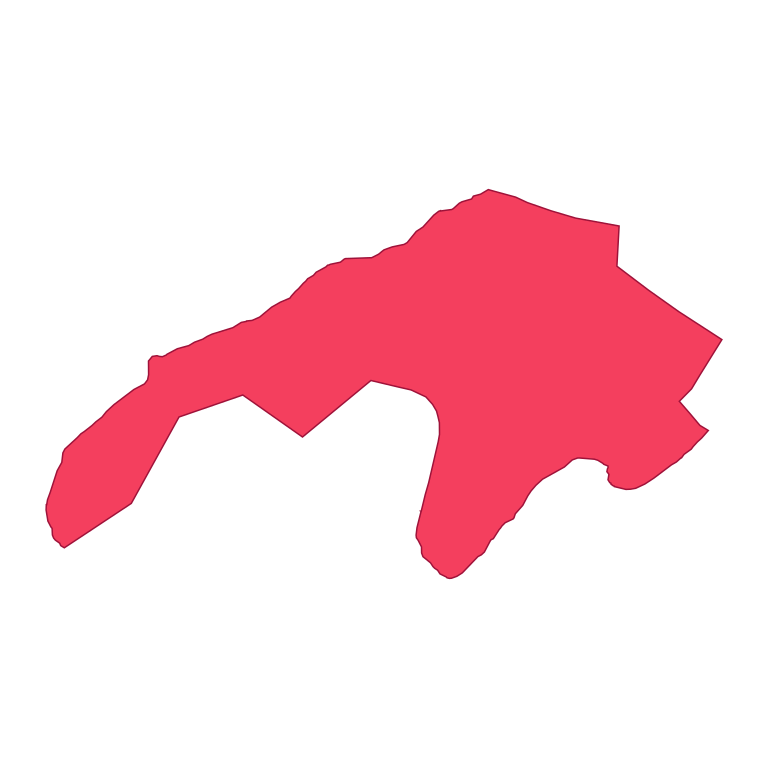 outline of Pango, Shefa, Vanuatu
{"feature_id": "77236927B36499931511312", "entity_name": "Pango", "entity_type": "district", "adm_level": 2, "iso_a3": "VUT", "parent_name": "Vanuatu", "parent_adm1": "Shefa", "projection": "mercator", "projection_center": [168.281, -17.771], "detail": "fine", "context": "isolated", "style": "filled", "palette": "rose", "viewbox_px": 768, "rotation_deg": 0, "n_neighbors": 0, "source": "geoboundaries", "source_scale": "gbopen_adm2", "svg_char_len": 2496}
<svg xmlns="http://www.w3.org/2000/svg" viewBox="0 0 768 768"><path d="M488.3,189.6L480.5,194.2L473.4,196.1L471.6,199.0L467.3,200.2L461.9,201.8L459.3,203.2L453.3,208.6L451.8,209.5L440.4,211.0L440.4,210.7L438.7,211.3L433.8,215.1L422.9,227.1L416.3,231.4L407.2,242.6L404.1,244.4L392.2,246.9L384.1,249.8L382.0,251.4L378.6,254.2L375.1,256.0L371.7,257.7L345.4,258.6L344.2,259.1L340.4,262.2L330.3,264.3L328.9,265.0L327.6,265.2L325.9,266.9L316.2,272.2L313.4,275.4L307.7,278.7L305.7,281.2L303.3,283.3L298.5,288.7L295.4,291.5L291.3,296.1L289.9,298.1L280.3,302.2L271.7,307.1L259.6,317.1L252.1,320.4L246.5,321.0L246.4,321.4L241.3,322.4L232.8,327.7L212.1,334.1L207.2,336.4L202.7,339.2L194.5,342.2L188.8,345.6L177.4,348.7L166.9,354.3L166.3,355.0L162.4,356.7L159.3,356.4L157.0,355.7L152.3,356.4L148.5,361.0L148.6,374.7L147.6,379.8L144.5,383.9L133.9,389.5L114.0,404.6L106.4,411.6L101.9,417.2L96.0,421.7L92.0,425.5L84.2,431.6L80.9,433.8L77.3,437.6L64.9,449.0L62.9,452.9L61.8,462.4L57.2,470.7L50.2,492.4L47.5,499.8L46.7,504.7L46.3,504.7L46.1,510.0L47.9,521.1L50.9,526.9L52.1,528.4L52.4,535.0L53.6,538.0L55.3,540.1L59.7,543.2L60.6,545.4L61.0,545.8L64.3,547.8L131.3,503.4L179.0,417.0L242.8,395.0L302.5,437.0L370.9,380.5L398.7,387.1L411.0,389.9L425.9,396.9L432.6,404.4L436.5,411.0L437.9,416.2L439.4,422.7L439.5,434.5L438.2,441.8L428.7,482.6L425.3,494.4L421.3,511.0L420.8,511.1L421.1,511.3L417.0,527.6L416.1,535.1L416.4,537.8L418.2,540.4L421.5,546.9L421.6,553.0L423.0,556.7L430.5,562.8L433.0,566.6L434.7,568.3L437.6,570.2L440.0,573.9L446.3,577.0L447.0,577.8L449.5,578.4L451.6,578.2L456.9,576.3L462.3,572.9L477.9,556.6L481.4,554.8L484.4,552.0L490.2,541.0L491.1,539.7L493.3,538.7L499.2,529.5L500.4,528.2L501.9,526.0L505.2,522.7L513.2,518.9L514.0,517.8L515.3,513.8L522.8,505.3L527.8,495.8L531.1,490.9L535.9,485.3L542.0,479.7L542.5,479.2L564.4,467.0L572.3,459.9L577.6,458.0L578.1,458.0L579.6,458.0L594.4,459.2L597.9,460.3L602.8,463.3L603.8,464.3L608.0,466.0L608.1,467.5L607.4,468.9L606.9,471.7L608.9,474.3L608.0,479.8L609.8,482.7L610.9,483.2L611.0,484.2L613.2,485.8L614.4,486.2L614.4,486.6L625.9,489.4L630.5,489.2L635.7,488.3L644.9,484.0L653.9,478.1L671.5,464.8L676.4,462.0L681.0,457.9L681.5,457.9L684.0,454.4L691.3,449.1L693.2,446.5L697.4,441.9L701.6,438.1L708.3,430.5L699.9,425.4L690.4,414.1L679.3,401.3L691.6,388.8L699.6,375.5L721.9,339.6L678.7,311.6L648.3,290.0L616.9,266.2L619.1,226.0L575.6,218.1L551.0,210.8L527.4,202.6L515.6,197.1L493.6,191.1L488.3,189.6Z" fill="#f43f5e" stroke="#9f1239" stroke-width="1.5"/></svg>